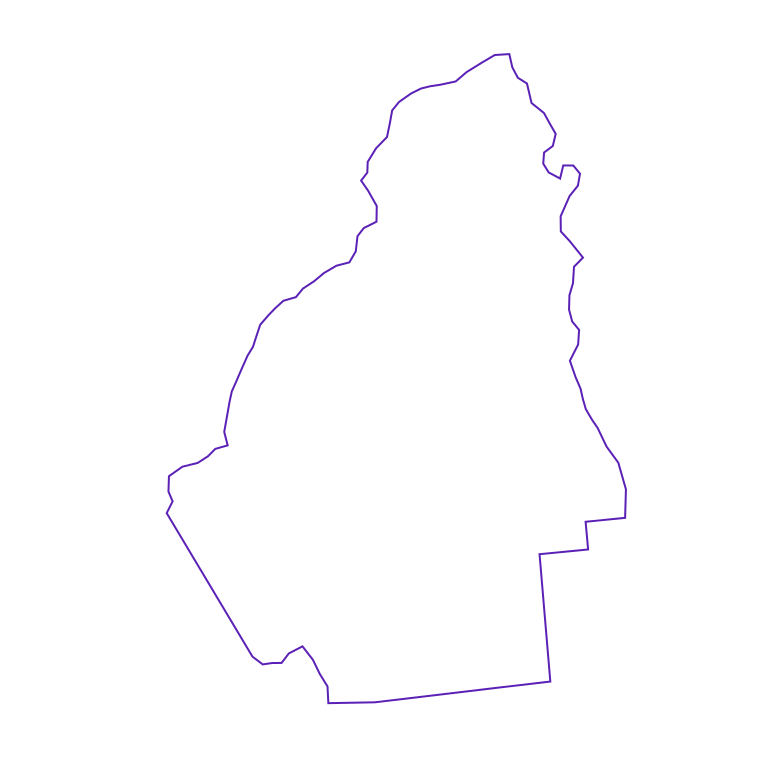 Salete, Santa Catarina, Brazil, rotated 354°
{"feature_id": "56859067B33006019293673", "entity_name": "Salete", "entity_type": "district", "adm_level": 2, "iso_a3": "BRA", "parent_name": "Brazil", "parent_adm1": "Santa Catarina", "projection": "orthographic", "projection_center": [-50.006, -26.958], "detail": "fine", "context": "isolated", "style": "outline", "palette": "violet", "viewbox_px": 768, "rotation_deg": 354, "n_neighbors": 0, "source": "geoboundaries", "source_scale": "gbopen_adm2", "svg_char_len": 1439}
<svg xmlns="http://www.w3.org/2000/svg" viewBox="0 0 768 768"><g transform="rotate(354 384 384)"><path d="M224.7,641.4L234.1,650.2L243.5,649.8L253.0,650.7L261.2,642.0L275.5,636.4L284.5,650.9L289.9,665.8L296.2,678.9L295.3,695.6L341.6,699.6L467.0,697.9L518.3,697.3L520.9,569.5L569.7,569.9L570.1,542.1L609.8,542.3L613.6,514.0L608.8,486.8L598.8,469.5L591.9,450.1L587.1,441.2L582.1,430.2L580.2,419.6L579.0,409.3L575.2,397.0L571.3,380.3L581.2,365.0L583.7,350.6L577.7,341.5L575.8,329.4L577.7,315.1L582.5,303.5L585.2,287.3L595.1,279.1L583.7,261.4L575.8,250.8L577.2,235.7L588.2,216.5L597.6,207.0L600.9,195.3L595.1,186.5L585.1,185.4L580.6,198.1L569.9,190.8L565.4,181.5L567.4,170.5L576.8,164.9L580.9,153.2L576.2,142.6L571.4,131.2L560.1,120.0L557.6,100.1L549.1,93.4L544.7,82.4L543.1,69.0L528.5,68.4L515.4,74.4L498.8,82.4L486.9,90.6L470.9,92.3L461.3,92.7L451.7,94.0L441.3,97.9L428.5,105.0L420.7,112.8L417.2,124.9L412.8,138.7L400.8,148.7L391.0,161.4L389.5,172.0L382.5,179.3L388.5,190.3L395.4,206.3L393.5,221.8L380.2,226.8L373.1,234.2L369.8,249.1L362.3,259.4L349.0,261.4L335.8,267.4L325.2,274.5L313.4,280.6L305.5,288.4L292.7,290.7L283.8,297.2L276.3,303.5L267.1,312.1L261.7,324.0L257.6,333.3L251.3,341.5L243.8,354.5L237.4,365.9L231.9,375.4L228.6,385.3L225.1,397.6L220.1,414.9L222.1,428.7L209.4,430.9L201.5,437.4L190.5,443.0L174.8,445.2L160.5,453.2L158.4,468.5L161.5,478.6L154.4,489.7L224.7,641.4Z" fill="none" stroke="#5b21b6" stroke-width="2"/></g></svg>